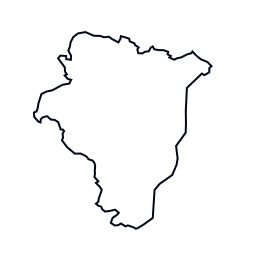 outline of Agros, Nicosia, Cyprus, rotated 82°
{"feature_id": "46923920B12968995104077", "entity_name": "Agros", "entity_type": "district", "adm_level": 2, "iso_a3": "CYP", "parent_name": "Cyprus", "parent_adm1": "Nicosia", "projection": "robinson", "projection_center": [33.017, 34.919], "detail": "fine", "context": "isolated", "style": "outline", "palette": "ink", "viewbox_px": 256, "rotation_deg": 82, "n_neighbors": 0, "source": "geoboundaries", "source_scale": "gbopen_adm2", "svg_char_len": 1828}
<svg xmlns="http://www.w3.org/2000/svg" viewBox="0 0 256 256"><g transform="rotate(82 128 128)"><path d="M127.9,69.5L119.2,68.4L96.5,64.1L84.4,47.3L86.3,45.0L84.2,39.8L80.0,39.1L78.3,36.7L76.1,38.4L73.8,40.0L70.0,46.4L65.3,50.7L61.2,53.5L62.8,54.9L63.3,59.0L64.2,61.7L65.5,65.6L65.8,69.9L66.8,72.7L63.9,77.2L62.7,75.6L60.6,78.5L58.3,77.6L55.9,81.8L55.1,86.9L53.7,91.0L50.7,92.2L51.6,94.3L54.9,96.7L54.9,100.8L56.1,103.2L55.4,107.4L51.5,107.8L49.7,106.2L47.0,109.4L45.0,109.9L42.5,114.2L39.7,114.4L37.9,118.0L36.1,122.3L38.5,123.0L41.9,125.6L40.1,128.1L37.5,131.6L35.0,134.2L34.8,139.0L32.9,142.9L31.9,149.0L27.1,156.8L27.4,164.5L30.4,169.6L34.9,172.8L39.5,174.3L43.1,176.3L48.5,174.3L52.5,175.1L51.2,179.6L48.1,179.3L46.9,184.9L48.9,187.1L49.3,187.5L55.2,184.3L59.1,182.2L63.5,182.5L66.3,181.1L67.2,183.4L71.2,180.6L72.3,177.6L75.8,179.9L76.1,186.9L78.7,193.8L80.2,198.0L80.5,203.3L82.3,209.0L86.1,210.8L91.2,213.3L95.1,214.4L98.9,216.3L99.6,219.0L100.2,219.1L104.0,219.3L109.1,216.0L110.3,213.9L107.3,213.2L105.6,211.1L105.0,206.4L108.8,203.4L109.8,199.5L112.4,196.4L119.2,195.0L120.0,195.0L120.4,192.9L122.1,191.7L124.4,193.5L128.6,193.7L131.0,195.1L134.1,193.4L138.6,190.9L142.7,187.2L146.0,184.2L146.7,178.6L148.8,175.2L150.7,172.9L153.4,171.5L155.4,167.5L158.0,166.1L161.0,165.8L165.5,166.8L168.6,167.1L171.9,168.0L176.7,164.8L177.9,167.4L182.2,164.2L185.7,162.6L190.5,165.1L193.7,166.7L195.6,167.3L196.9,167.7L198.5,170.3L200.9,168.1L202.2,165.5L205.1,164.7L207.6,162.3L207.6,157.9L207.1,152.1L210.7,148.9L212.3,150.7L214.9,155.8L219.6,158.2L222.7,154.6L222.9,151.3L221.6,148.3L225.1,144.1L224.4,141.7L227.2,136.2L228.9,134.2L228.3,131.8L225.7,125.8L220.5,116.0L193.0,110.3L187.7,104.4L180.7,90.7L171.1,85.0L165.0,83.1L152.5,82.9L140.6,71.5L131.8,70.0L127.9,69.5Z" fill="none" stroke="#020617" stroke-width="2"/></g></svg>